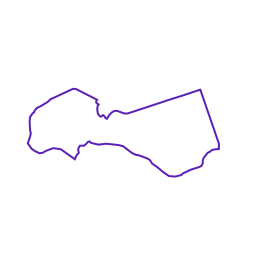 map outline of Kilimanjaro (orthographic projection), rotated 306°
{"feature_id": "TZA-3393", "entity_name": "Kilimanjaro", "entity_type": "Region", "adm_level": 1, "iso_a3": "TZA", "parent_name": "United Republic of Tanzania", "parent_adm1": "", "projection": "orthographic", "projection_center": [37.535, -3.747], "detail": "fine", "context": "isolated", "style": "outline", "palette": "violet", "viewbox_px": 256, "rotation_deg": 306, "n_neighbors": 0, "source": "natural_earth", "source_scale": "10m", "svg_char_len": 1411}
<svg xmlns="http://www.w3.org/2000/svg" viewBox="0 0 256 256"><g transform="rotate(306 128 128)"><path d="M106.2,48.7L119.5,56.1L127.4,60.5L128.9,62.9L130.6,73.3L130.8,74.6L132.7,86.4L131.0,86.5L130.0,87.3L129.7,88.7L129.8,90.4L128.0,90.5L125.7,91.7L123.6,93.4L122.2,95.0L121.7,95.8L121.3,96.9L121.0,98.0L121.2,99.1L121.8,99.8L123.4,100.0L123.9,100.7L123.5,102.3L122.8,104.2L123.0,105.5L127.6,105.3L129.7,105.4L131.7,106.0L133.5,106.8L134.9,108.1L135.6,109.6L137.3,115.5L138.2,117.5L139.6,119.2L144.8,123.0L153.0,128.9L161.2,134.8L169.4,140.7L177.6,146.6L185.7,152.6L193.9,158.5L201.5,163.9L201.5,164.0L168.7,210.8L164.4,213.8L161.8,210.8L159.7,209.0L158.7,208.6L156.8,208.2L155.9,207.6L154.5,207.0L148.8,206.8L146.6,207.1L143.1,209.3L140.9,209.7L138.6,208.8L131.9,203.8L123.6,199.1L121.3,198.8L116.4,194.7L113.2,189.3L113.0,181.9L113.6,174.5L113.4,171.4L113.4,168.4L114.9,164.8L114.8,162.2L114.2,159.6L112.1,152.3L110.9,150.3L110.1,145.4L110.4,134.7L108.7,130.5L105.8,125.4L102.3,119.4L97.1,113.8L94.2,106.7L94.6,104.9L93.1,103.7L90.3,103.5L87.7,102.7L86.5,100.9L85.3,99.5L83.4,99.7L81.4,100.2L78.9,102.8L76.3,102.5L73.8,102.8L71.5,103.4L71.3,85.9L67.7,79.3L61.0,74.9L57.9,73.6L55.6,71.3L54.7,66.8L54.5,62.2L56.7,55.9L63.1,54.0L66.4,52.6L68.8,50.0L74.5,45.3L79.0,42.4L83.9,42.2L85.5,42.8L87.4,42.2L90.9,42.6L94.0,44.4L101.9,47.7L106.2,48.6L106.2,48.7Z" fill="none" stroke="#5b21b6" stroke-width="2"/></g></svg>